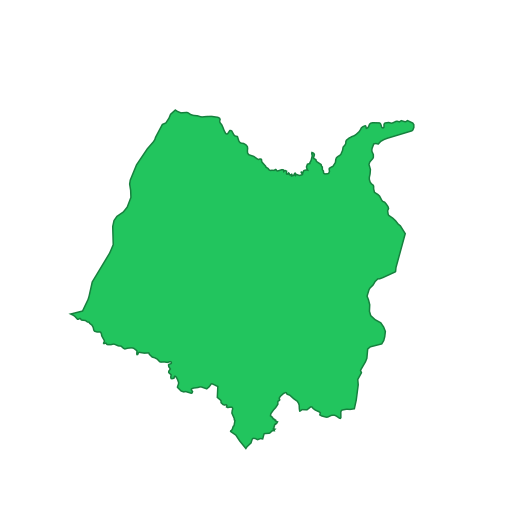 outline of Lamarm, Xékong, Laos, rotated 202°
{"feature_id": "54806243B71027577228634", "entity_name": "Lamarm", "entity_type": "district", "adm_level": 2, "iso_a3": "LAO", "parent_name": "Laos", "parent_adm1": "Xékong", "projection": "orthographic", "projection_center": [106.782, 15.39], "detail": "fine", "context": "isolated", "style": "filled", "palette": "green", "viewbox_px": 512, "rotation_deg": 202, "n_neighbors": 0, "source": "geoboundaries", "source_scale": "gbopen_adm2", "svg_char_len": 6146}
<svg xmlns="http://www.w3.org/2000/svg" viewBox="0 0 512 512"><g transform="rotate(202 256 256)"><path d="M406.1,132.8L403.1,132.6L401.4,132.2L397.8,130.5L396.9,130.9L395.9,132.2L395.3,132.2L394.3,131.4L393.6,131.3L390.0,132.3L387.6,131.7L385.9,132.1L385.1,131.3L382.1,130.4L380.1,128.7L378.7,126.6L377.5,125.8L375.0,126.0L372.0,127.2L371.5,127.1L369.9,125.7L369.7,125.0L368.8,123.9L365.0,120.8L364.6,120.0L364.7,118.1L364.2,117.8L362.5,119.0L361.1,118.2L360.2,118.3L357.2,119.5L355.3,120.9L353.9,121.2L350.0,121.1L347.4,121.9L344.3,120.8L342.8,120.7L340.4,122.5L337.3,124.1L335.9,124.5L334.7,124.6L331.1,123.6L330.6,122.9L329.8,120.4L329.3,120.0L328.8,120.4L328.8,122.2L328.3,122.9L323.2,124.1L319.3,125.9L318.8,125.8L318.1,124.9L314.4,123.4L311.7,123.7L309.0,123.4L305.7,121.9L304.5,122.0L301.4,123.4L298.2,124.2L296.0,125.9L295.1,126.0L294.5,125.5L294.3,124.8L294.7,124.1L296.1,123.0L296.3,122.2L295.3,120.6L293.1,119.2L293.7,116.6L293.4,115.5L293.0,115.1L290.2,114.1L289.7,111.8L288.8,110.6L288.0,110.7L286.3,111.9L286.4,113.9L286.1,114.2L285.2,114.1L283.9,113.3L282.2,111.8L280.3,109.6L279.9,108.2L279.8,105.4L279.6,104.8L274.9,102.8L272.2,102.9L270.3,104.0L264.6,104.5L264.0,105.1L264.0,106.5L265.7,107.6L266.1,108.2L265.9,108.8L264.4,110.2L260.6,112.3L259.0,113.6L257.7,114.1L251.9,114.4L250.5,117.1L249.6,120.6L249.0,121.1L242.5,120.7L238.9,110.4L234.9,109.1L234.2,108.6L233.4,106.9L230.8,105.9L229.0,106.1L228.2,106.9L227.6,106.9L226.9,106.4L226.8,105.0L225.4,104.9L223.5,106.1L221.8,106.8L221.2,106.6L220.3,105.6L220.2,104.0L219.5,101.3L215.3,97.2L214.7,95.9L213.9,95.6L212.8,90.4L213.3,89.6L213.1,86.4L213.4,85.1L213.9,84.5L213.8,83.8L207.6,82.4L201.8,78.4L193.3,73.7L192.9,75.8L190.6,80.8L190.9,84.6L190.7,85.5L190.0,86.0L188.4,86.5L185.7,86.3L183.5,88.4L181.3,88.9L181.9,94.0L181.6,94.5L177.4,96.6L176.8,97.2L175.5,100.0L174.8,100.3L174.6,100.7L173.6,100.9L174.1,101.6L173.6,102.5L175.2,102.2L175.0,103.6L175.4,104.4L175.2,105.2L175.5,106.0L175.4,106.7L174.8,107.3L175.1,107.9L174.2,108.4L173.9,110.3L175.8,110.3L176.2,111.0L176.8,110.7L177.2,111.4L178.2,111.3L178.6,111.7L179.2,111.5L180.4,112.7L181.4,112.7L182.1,113.2L182.7,113.2L183.2,115.3L182.1,119.9L181.0,122.7L180.2,126.7L181.2,129.1L181.0,129.9L180.3,130.7L180.1,131.5L181.0,132.4L181.2,133.5L180.7,135.4L178.9,139.0L177.5,140.4L176.7,140.6L175.4,139.5L172.5,139.6L167.6,137.8L163.3,136.8L161.3,135.3L160.1,133.9L158.5,130.4L157.4,128.6L156.9,128.9L155.8,130.8L151.1,132.5L148.8,136.6L147.8,137.0L145.8,136.0L143.5,135.4L138.6,135.1L137.6,134.7L137.3,132.6L135.1,132.3L130.4,132.9L129.1,133.6L126.5,136.4L124.9,137.3L123.4,137.8L121.5,137.7L117.9,136.9L116.9,137.1L116.8,138.0L119.0,143.3L118.9,144.6L118.4,145.5L114.6,147.9L111.3,149.0L107.6,151.2L109.1,160.0L113.0,174.9L115.4,179.6L114.5,187.3L116.3,189.1L114.9,198.9L114.9,202.7L117.6,211.6L116.0,214.6L106.5,221.6L105.9,225.4L106.4,229.4L107.8,234.5L111.1,238.0L115.3,240.8L121.8,241.6L127.3,243.7L130.1,247.2L132.3,253.4L135.2,257.4L138.0,260.4L138.6,267.3L138.3,269.0L136.6,272.9L136.0,277.0L134.5,280.4L132.8,281.2L130.2,283.6L120.9,293.5L120.8,294.0L121.9,297.7L126.0,332.6L133.4,338.0L136.3,338.9L139.7,340.9L143.3,342.3L148.2,343.4L149.1,344.2L150.9,347.2L150.9,349.7L152.1,351.2L154.8,353.0L156.9,354.1L159.1,354.1L160.3,354.8L163.8,357.8L165.8,358.6L170.0,359.4L172.0,362.2L173.1,364.8L173.8,365.5L176.2,366.2L178.1,367.5L179.7,369.6L180.4,371.4L181.0,374.8L182.3,379.0L185.6,383.3L185.7,385.9L184.2,390.2L184.2,391.6L185.2,394.0L187.6,396.3L188.3,397.6L188.7,399.4L188.8,404.1L187.0,405.2L184.6,405.6L183.3,409.0L180.9,412.0L178.3,414.4L158.4,430.4L157.8,431.6L157.8,434.3L158.9,436.9L160.5,438.0L166.3,438.3L167.2,436.9L168.0,436.3L172.0,435.9L173.3,434.1L175.7,433.8L176.6,433.3L178.9,430.8L180.2,429.8L183.0,429.5L186.1,427.7L186.5,427.1L186.6,426.0L185.6,423.3L185.8,422.7L186.6,422.2L187.2,422.2L187.8,422.6L189.7,424.9L190.6,425.5L191.5,425.6L197.7,423.3L199.4,422.1L200.1,420.7L200.1,417.8L200.6,416.5L201.5,415.7L202.9,417.5L203.5,417.7L205.3,416.0L206.3,414.3L206.5,411.8L207.0,409.8L208.6,406.4L210.0,404.3L212.3,402.2L212.7,401.4L213.7,400.5L215.5,397.3L215.6,396.0L214.9,393.9L215.1,392.2L216.0,389.6L215.3,386.2L215.4,382.0L215.9,380.9L217.4,378.8L218.2,377.3L218.2,375.4L217.4,372.4L218.2,368.2L218.4,367.7L219.2,367.0L220.8,364.9L220.8,364.1L219.5,361.8L219.6,359.8L220.5,359.0L222.9,357.9L224.0,358.0L224.6,358.6L225.3,360.0L226.8,360.9L227.8,363.3L229.2,364.1L229.9,365.2L234.9,366.2L235.8,366.7L236.6,367.8L239.0,368.1L239.4,368.5L239.8,371.8L240.7,372.7L242.1,373.0L242.9,372.9L242.7,371.9L241.4,369.9L240.7,365.3L241.0,362.7L240.7,361.9L242.7,360.4L242.6,357.6L242.0,356.6L240.3,355.0L241.2,354.9L243.3,353.4L243.7,352.8L243.7,350.7L245.3,350.9L245.5,350.6L245.3,350.3L243.5,349.2L243.7,348.6L245.9,346.9L249.1,346.8L249.6,345.3L250.1,345.7L250.0,347.0L250.7,347.5L251.1,347.1L251.3,344.8L253.1,343.4L253.4,343.6L253.2,345.0L253.5,345.2L254.2,344.3L255.2,343.9L255.8,344.1L256.1,344.9L256.9,345.2L257.3,343.8L258.0,343.4L258.5,343.6L259.4,346.1L260.8,346.2L261.4,346.0L261.9,344.8L262.6,345.9L263.2,346.1L264.4,345.7L267.8,342.9L269.1,342.9L269.8,343.6L270.4,343.5L271.2,342.2L273.7,341.3L274.3,340.8L275.7,340.6L277.7,341.7L280.1,342.1L280.6,342.8L285.6,345.3L286.4,346.2L286.8,347.2L287.4,347.7L288.6,347.5L289.9,346.4L290.8,346.4L295.4,347.5L300.6,347.2L302.3,348.2L303.3,350.1L304.1,352.7L305.0,354.2L307.0,355.3L309.7,355.7L311.7,355.1L313.4,355.2L314.9,356.1L318.0,359.8L320.3,359.4L321.9,360.0L325.3,362.8L326.4,362.9L327.3,362.5L328.1,358.7L328.9,358.1L330.0,358.2L332.7,360.5L334.7,362.7L336.9,364.8L339.5,366.3L340.2,367.4L340.5,369.2L341.4,370.1L343.3,370.3L349.5,368.8L354.3,366.7L358.1,364.7L359.9,364.3L362.6,364.1L366.8,362.9L369.6,362.7L372.7,363.3L373.9,363.2L379.2,360.6L382.9,360.6L385.5,361.1L388.3,355.4L388.3,351.3L389.4,345.6L392.1,342.9L393.6,328.4L393.4,326.1L393.9,323.4L396.9,314.7L400.9,295.8L401.0,279.3L400.1,275.4L396.8,269.9L393.9,263.4L393.7,253.1L395.5,247.1L399.8,240.6L400.9,235.7L399.9,229.7L392.6,213.0L392.7,206.1L392.8,203.7L398.1,170.6L395.7,156.2L395.4,152.8L396.2,140.0L406.1,132.8Z" fill="#22c55e" stroke="#15803d" stroke-width="1.5"/></g></svg>